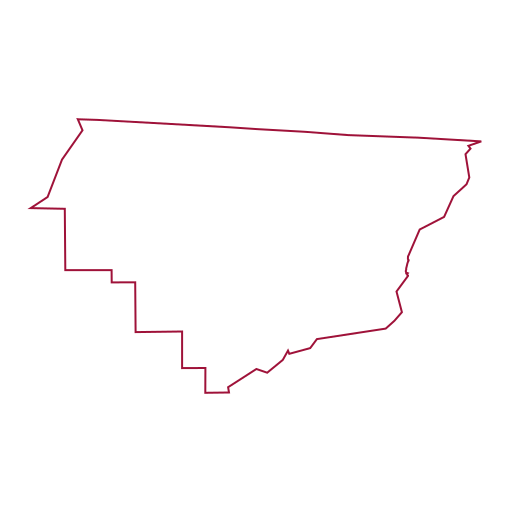 the district of Gadsden, Florida, United States of America
{"feature_id": "52423323B51535248954707", "entity_name": "Gadsden", "entity_type": "district", "adm_level": 2, "iso_a3": "USA", "parent_name": "United States of America", "parent_adm1": "Florida", "projection": "natural_earth1", "projection_center": [-84.522, 30.55], "detail": "fine", "context": "isolated", "style": "outline", "palette": "rose", "viewbox_px": 512, "rotation_deg": 0, "n_neighbors": 0, "source": "geoboundaries", "source_scale": "gbopen_adm2", "svg_char_len": 958}
<svg xmlns="http://www.w3.org/2000/svg" viewBox="0 0 512 512"><path d="M413.3,137.5L348.2,135.1L306.2,131.9L303.2,131.7L256.9,129.1L230.1,127.3L97.4,119.9L78.7,119.3L77.8,119.2L82.5,130.3L62.0,159.6L47.6,197.0L30.7,208.1L64.8,208.8L65.3,270.1L111.6,270.1L111.7,282.4L135.2,282.3L135.6,332.1L182.1,331.5L182.1,368.1L205.4,368.0L205.3,392.8L229.0,392.5L228.1,387.2L256.4,369.0L267.2,372.7L282.8,359.9L288.0,350.6L289.3,353.8L310.2,348.1L316.9,339.1L385.7,328.6L394.4,320.8L401.9,312.2L396.5,291.5L408.0,275.9L408.0,275.5L407.3,275.0L407.1,274.5L407.1,273.8L407.7,273.2L407.2,273.0L406.2,273.2L406.1,272.1L405.8,271.4L405.9,270.4L406.2,269.6L406.2,268.3L406.7,266.4L407.4,263.4L408.0,261.7L408.1,261.0L408.6,260.7L408.6,260.0L408.2,259.7L407.9,258.9L408.0,256.4L408.5,255.5L419.7,229.5L444.1,216.9L453.5,196.1L466.5,184.3L469.3,177.5L465.5,154.2L470.5,148.6L468.4,145.8L481.3,141.4L417.2,137.6L413.3,137.5Z" fill="none" stroke="#9f1239" stroke-width="2"/></svg>